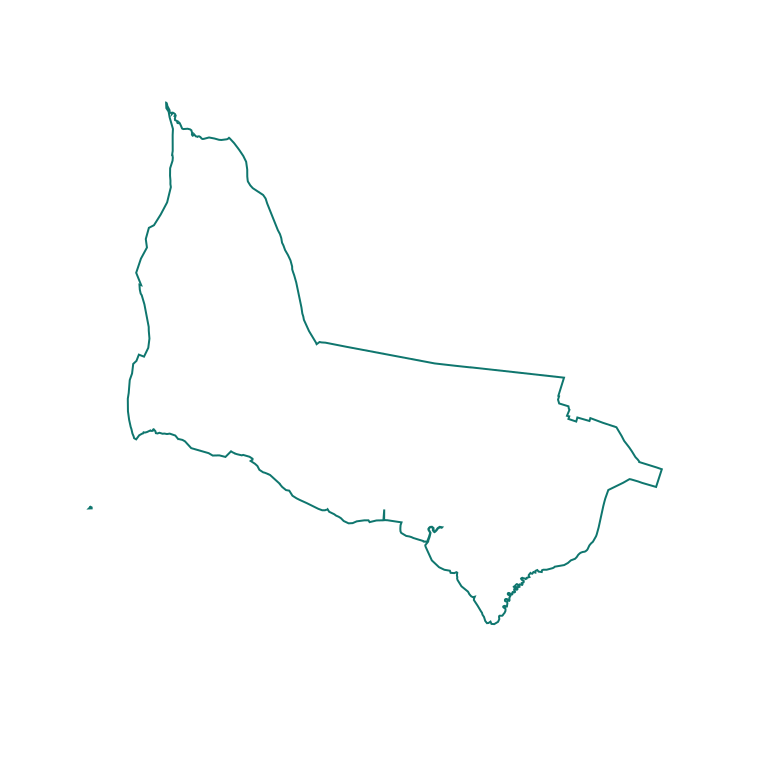 outline of Tanjung Jabung Timur, Jambi, Indonesia, rotated 197°
{"feature_id": "22746128B13468366985120", "entity_name": "Tanjung Jabung Timur", "entity_type": "district", "adm_level": 2, "iso_a3": "IDN", "parent_name": "Indonesia", "parent_adm1": "Jambi", "projection": "orthographic", "projection_center": [103.834, -1.266], "detail": "fine", "context": "isolated", "style": "outline", "palette": "teal", "viewbox_px": 768, "rotation_deg": 197, "n_neighbors": 0, "source": "geoboundaries", "source_scale": "gbopen_adm2", "svg_char_len": 6152}
<svg xmlns="http://www.w3.org/2000/svg" viewBox="0 0 768 768"><g transform="rotate(197 384 384)"><path d="M674.6,589.3L672.8,584.2L669.6,581.5L667.0,576.4L660.4,566.2L658.9,560.3L654.2,545.1L653.6,541.0L653.2,541.0L652.1,538.6L651.5,535.7L651.6,527.8L649.5,520.6L647.7,516.1L646.7,512.7L645.4,510.0L644.5,494.3L647.1,480.8L650.4,468.6L654.5,464.6L654.2,453.0L650.6,445.2L653.1,432.8L653.5,417.9L645.1,407.5L646.9,407.5L645.1,402.8L643.1,399.3L641.6,398.0L636.4,390.1L625.7,369.8L624.5,366.1L621.6,358.9L620.0,349.7L621.5,340.0L627.0,340.4L627.5,333.7L629.7,329.9L628.0,320.4L628.3,313.5L625.5,300.7L624.7,295.0L620.9,283.1L617.3,275.3L613.7,268.9L612.4,267.1L610.1,263.1L608.1,260.7L607.1,259.1L604.8,258.6L603.1,263.4L600.9,265.7L600.0,266.3L599.8,267.5L598.5,267.6L596.7,268.7L593.8,271.3L593.1,271.0L591.5,271.6L591.5,273.5L591.7,273.8L588.8,272.0L587.8,270.3L586.1,270.5L584.5,271.7L581.2,271.7L579.5,272.4L576.9,272.7L574.4,273.9L568.5,273.7L564.8,271.2L564.7,271.3L560.4,271.6L557.6,271.0L549.6,266.3L531.5,266.6L526.9,265.5L520.6,267.6L514.3,267.9L510.6,274.9L508.9,274.4L506.0,274.0L506.0,273.9L503.9,273.9L499.1,274.2L498.0,275.0L491.3,275.1L487.9,274.1L487.8,273.5L487.6,273.2L489.0,271.4L484.1,270.0L481.1,268.6L478.1,265.5L473.7,264.2L472.3,264.3L468.4,264.0L468.4,263.9L466.4,263.7L454.5,258.1L454.5,257.9L451.3,255.8L446.7,253.9L443.4,254.3L438.9,250.4L434.2,249.1L430.7,248.5L423.0,247.5L410.2,245.4L406.2,245.2L403.5,246.0L402.5,246.8L401.5,247.2L401.3,247.7L399.1,245.8L393.5,244.9L391.3,244.1L388.6,243.8L386.0,243.1L382.5,241.2L377.1,240.4L373.3,241.8L369.9,244.7L363.1,247.8L359.0,249.1L357.4,247.7L351.3,251.3L344.7,253.5L347.1,264.1L344.1,253.9L341.0,254.7L326.8,256.8L326.9,253.9L326.1,250.5L325.2,248.0L324.1,246.7L323.5,246.5L318.3,245.2L315.2,245.6L313.0,245.6L310.8,245.3L300.8,245.3L300.5,245.3L300.2,244.9L299.5,244.9L298.7,245.4L297.8,245.4L297.4,245.6L297.1,245.4L296.7,245.7L296.3,250.7L296.3,254.6L296.3,255.2L298.8,257.5L299.2,258.3L298.9,259.6L298.1,260.8L296.4,261.5L294.6,260.8L293.4,257.8L292.6,257.7L291.7,258.5L290.5,261.9L289.0,263.7L286.5,264.0L286.8,263.4L288.6,263.3L290.2,261.6L290.9,259.5L291.8,257.8L292.4,257.1L293.3,257.4L294.6,258.5L294.8,260.0L295.9,260.9L297.1,260.9L298.4,260.1L298.7,258.8L298.7,257.8L296.0,255.3L295.8,252.9L295.7,250.4L295.9,247.4L295.7,246.2L297.4,241.9L296.7,240.6L286.7,229.3L277.8,224.9L272.0,224.0L266.4,224.7L265.1,222.9L261.5,223.7L259.8,225.2L258.8,225.0L258.3,222.2L257.4,220.7L257.3,219.6L256.4,218.1L250.8,213.2L243.0,210.0L241.2,208.3L241.0,208.0L238.6,206.5L236.6,206.1L235.0,207.1L235.2,205.2L234.9,203.7L229.7,199.4L224.4,194.6L223.5,194.0L222.4,192.2L220.3,190.5L217.9,187.0L215.6,185.4L214.2,186.0L212.7,187.9L211.1,186.0L208.4,186.6L205.4,189.9L205.0,192.9L205.9,194.9L206.0,195.7L205.7,196.2L203.3,196.9L202.9,197.4L202.4,199.0L201.8,200.4L201.5,202.5L202.0,204.3L202.5,204.8L203.9,205.1L204.6,205.4L204.9,205.9L204.8,206.3L204.3,206.8L203.5,207.2L202.3,206.8L201.7,206.9L201.4,207.1L201.9,210.4L202.9,212.2L204.2,211.7L204.5,211.8L204.9,212.0L205.2,212.8L205.2,213.3L204.8,213.9L204.0,214.2L202.9,214.2L201.8,213.2L200.9,213.2L200.7,213.7L201.6,216.3L201.2,218.1L201.2,218.6L201.7,219.0L202.7,218.6L203.6,218.8L204.1,219.1L204.3,219.6L204.3,220.1L203.8,220.6L203.3,220.7L202.7,220.7L201.8,220.1L201.1,220.0L200.4,220.0L199.9,220.3L199.8,220.8L200.3,221.5L200.1,222.6L198.6,222.7L198.0,223.2L197.9,223.6L198.2,224.0L198.8,224.1L199.4,225.4L199.5,225.8L199.1,226.5L198.6,226.5L197.4,226.0L196.8,226.1L196.4,226.8L196.7,227.7L197.6,228.4L198.3,228.5L199.2,227.6L199.8,227.6L200.6,228.0L200.4,228.4L199.8,228.9L199.2,230.4L198.8,231.1L198.4,231.5L197.1,231.3L196.5,229.6L196.0,229.3L195.6,229.3L195.1,229.7L195.8,230.9L195.5,232.1L193.5,232.2L193.1,232.3L193.0,232.7L193.9,233.5L194.1,233.9L193.8,234.2L192.7,234.8L192.5,235.5L192.8,236.5L193.0,236.7L194.3,236.8L195.3,237.3L196.0,237.9L195.8,238.5L195.1,239.1L194.0,239.0L192.1,239.2L191.5,238.9L190.7,239.6L190.8,240.4L188.5,241.9L189.5,242.9L189.7,243.7L188.7,246.1L188.0,245.8L186.7,246.0L186.1,247.9L184.1,247.9L184.5,249.6L183.0,250.9L181.3,249.8L178.2,250.3L178.4,252.1L177.3,253.0L174.2,253.9L168.9,257.2L168.0,258.0L167.3,259.2L158.8,263.5L155.8,266.6L153.7,270.0L150.2,272.7L149.1,274.8L148.3,277.5L147.2,279.4L146.3,280.4L144.8,281.5L143.3,282.2L142.4,282.9L141.3,284.6L141.0,285.5L140.4,289.7L139.4,292.1L138.1,294.2L136.7,300.4L136.6,302.3L136.8,309.6L138.6,331.5L138.8,335.6L138.9,339.1L138.5,348.2L126.4,359.5L121.4,364.8L120.0,365.0L112.6,365.1L108.2,364.9L93.7,365.1L93.4,383.7L98.7,383.9L117.0,384.0L117.0,384.3L119.2,385.9L122.2,387.6L127.3,392.1L130.9,395.0L137.7,399.8L141.6,403.8L149.1,410.6L163.4,410.9L176.7,411.7L176.7,408.7L189.3,408.5L189.2,404.3L197.4,404.5L197.4,407.2L199.7,407.1L199.1,413.6L200.0,414.4L201.1,416.6L210.8,416.6L213.0,419.9L213.0,423.5L213.8,423.6L213.7,442.7L305.9,425.3L305.9,425.2L321.0,422.3L341.5,418.5L430.8,408.6L452.1,406.4L455.9,405.5L457.9,405.3L460.1,402.4L461.2,403.7L471.2,412.7L479.4,422.0L480.9,424.9L482.7,427.5L485.3,433.0L497.6,455.4L501.6,461.6L503.8,464.6L505.3,466.8L506.2,469.5L509.6,474.9L513.6,479.3L517.7,483.1L520.7,487.1L522.8,489.3L524.9,493.5L527.3,496.9L530.5,500.1L548.5,522.5L551.4,526.7L554.8,529.4L566.7,532.9L569.9,534.8L573.4,537.9L574.0,539.1L575.4,542.4L577.5,549.1L580.8,556.2L585.2,560.9L591.1,565.7L597.7,570.5L603.2,573.7L604.2,574.1L604.9,572.9L605.8,572.1L610.9,569.8L613.2,569.3L617.8,569.2L623.4,568.6L627.9,565.8L629.0,565.3L630.2,565.4L631.8,566.5L633.2,566.8L634.0,566.5L634.7,565.8L635.1,566.0L636.3,565.8L638.7,567.3L638.7,566.3L639.6,565.5L640.1,565.8L640.8,566.8L640.8,568.3L641.4,568.7L642.4,570.3L643.8,570.8L646.4,570.7L650.5,569.1L651.8,569.3L653.7,571.6L655.6,573.7L655.9,573.9L656.2,573.5L657.3,573.2L657.7,573.2L658.1,573.5L658.3,574.0L657.9,574.8L661.0,575.3L661.6,576.7L661.7,578.8L662.6,579.0L662.4,579.6L661.9,580.0L662.7,581.0L664.0,581.5L665.1,581.6L665.7,580.3L665.9,581.5L667.6,580.8L668.6,581.5L669.1,583.1L672.6,586.7L673.3,588.2L674.3,589.3L674.6,589.3ZM627.2,179.6L627.5,180.5L628.9,180.8L629.2,180.5L629.2,179.8L629.8,178.7L627.2,179.6Z" fill="none" stroke="#0f766e" stroke-width="2"/></g></svg>